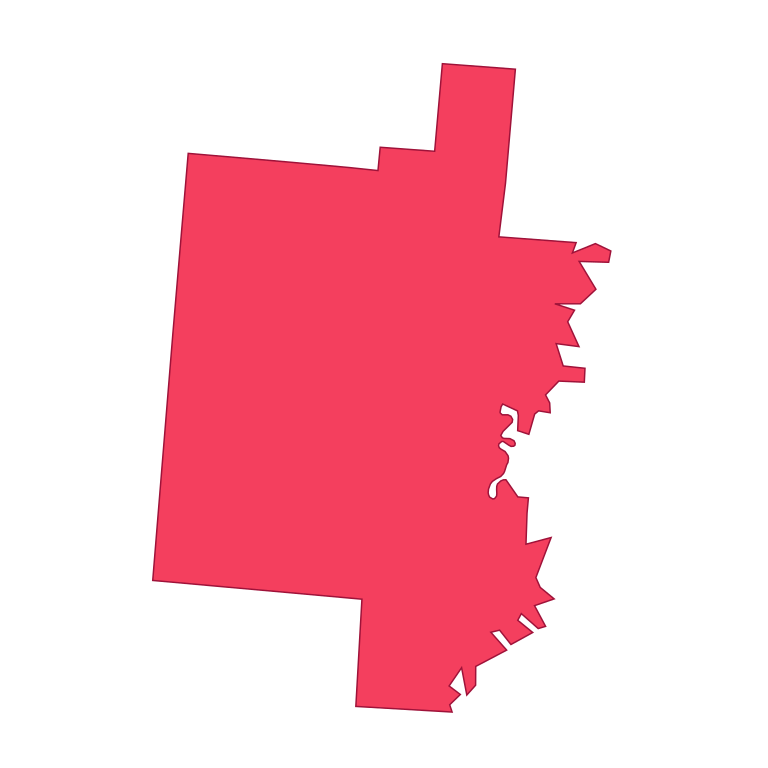 Woodruff, Arkansas, United States of America, rotated 184°
{"feature_id": "52423323B87929534363237", "entity_name": "Woodruff", "entity_type": "district", "adm_level": 2, "iso_a3": "USA", "parent_name": "United States of America", "parent_adm1": "Arkansas", "projection": "mercator", "projection_center": [-91.376, 35.179], "detail": "fine", "context": "isolated", "style": "filled", "palette": "rose", "viewbox_px": 768, "rotation_deg": 184, "n_neighbors": 0, "source": "geoboundaries", "source_scale": "gbopen_adm2", "svg_char_len": 1580}
<svg xmlns="http://www.w3.org/2000/svg" viewBox="0 0 768 768"><g transform="rotate(184 384 384)"><path d="M601.0,171.9L391.0,167.8L389.6,60.4L293.2,61.5L296.1,68.6L286.2,79.6L298.0,87.3L286.8,106.4L279.7,79.5L271.6,89.9L272.8,108.7L243.1,127.1L260.1,143.8L251.5,146.5L239.2,133.0L218.3,146.5L234.1,157.6L231.0,164.5L213.1,150.8L205.9,153.5L218.4,173.4L199.3,181.5L214.0,192.0L219.0,201.5L206.6,242.5L231.2,234.1L232.3,265.1L232.0,280.5L242.6,280.7L255.7,297.0L258.3,296.7L260.8,295.4L263.8,292.2L264.4,289.8L264.3,286.7L263.8,282.4L263.9,280.0L265.7,277.4L267.4,276.9L270.7,278.5L271.9,280.6L272.5,282.8L272.4,286.5L270.9,291.7L269.1,294.4L265.3,297.4L261.1,299.9L258.5,303.1L257.6,305.3L256.0,312.0L254.9,314.3L254.6,318.6L255.2,321.0L258.5,325.1L262.6,327.1L264.5,328.4L265.4,330.3L265.2,332.3L262.5,334.9L261.0,335.0L255.3,331.7L252.9,330.6L250.3,331.0L249.1,332.1L249.0,334.0L250.4,336.5L254.6,338.3L260.6,338.1L262.2,338.6L263.9,340.8L261.9,345.1L253.5,354.7L253.2,357.6L255.2,360.7L258.2,361.9L263.9,361.5L266.0,363.2L266.3,364.0L265.6,369.5L264.2,372.3L249.0,366.5L247.8,362.0L247.4,346.8L236.0,343.9L231.6,364.5L227.9,368.0L216.2,366.9L217.4,376.7L222.1,384.4L209.8,399.1L184.3,399.8L184.6,413.7L206.5,414.5L215.1,436.3L192.1,434.9L205.1,458.9L199.1,470.9L219.2,475.9L193.7,477.7L179.2,493.3L197.9,519.9L168.4,521.1L167.0,532.5L182.9,538.8L205.2,527.9L202.2,538.4L279.7,538.8L276.8,592.8L274.9,707.2L348.1,707.6L349.7,619.7L404.3,619.9L404.9,596.5L433.8,597.5L491.8,598.7L595.4,600.4L598.1,422.1L601.0,171.9Z" fill="#f43f5e" stroke="#9f1239" stroke-width="1.5"/></g></svg>